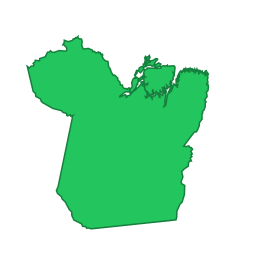 SVG path tracing the border of Pará, rotated 350°
{"feature_id": "BRA-594", "entity_name": "Pará", "entity_type": "State", "adm_level": 1, "iso_a3": "BRA", "parent_name": "Brazil", "parent_adm1": "", "projection": "natural_earth1", "projection_center": [-50.886, -3.617], "detail": "fine", "context": "isolated", "style": "filled", "palette": "green", "viewbox_px": 256, "rotation_deg": 350, "n_neighbors": 0, "source": "natural_earth", "source_scale": "10m", "svg_char_len": 5708}
<svg xmlns="http://www.w3.org/2000/svg" viewBox="0 0 256 256"><g transform="rotate(350 128 128)"><path d="M65.1,38.5L66.1,40.0L68.2,40.7L73.7,39.8L80.0,41.5L81.3,40.7L81.4,38.1L79.3,35.0L78.3,34.8L80.1,32.6L80.5,30.5L84.1,32.6L88.5,32.1L89.6,30.7L90.5,31.0L92.1,30.0L92.3,30.6L94.6,29.2L94.3,30.3L95.6,31.8L97.6,32.3L97.9,34.7L96.8,38.6L97.6,42.5L102.7,42.7L106.3,45.0L106.6,46.7L107.8,46.5L109.7,48.6L112.3,48.0L112.4,48.9L113.8,49.0L114.0,50.9L115.4,50.7L115.8,51.8L115.0,52.7L115.7,55.7L117.5,58.1L119.8,58.9L119.6,64.3L120.8,66.7L121.2,70.0L122.6,73.6L123.9,73.5L126.5,76.9L126.4,79.4L127.9,81.0L128.0,84.5L129.9,84.7L130.1,87.4L131.5,88.6L133.4,88.9L134.2,89.9L135.4,88.7L136.4,88.9L136.2,91.6L135.2,92.7L131.8,91.9L125.5,95.2L125.4,96.0L131.3,94.7L131.9,96.0L131.5,97.5L132.3,97.4L133.2,96.3L135.7,95.9L139.6,92.8L142.5,91.7L143.3,90.4L144.9,90.1L148.8,86.7L148.8,85.2L149.7,85.8L149.6,85.0L151.0,85.1L151.2,87.2L149.4,88.5L151.3,90.1L151.3,93.4L153.5,98.2L152.4,98.2L152.7,99.5L151.7,100.7L150.5,100.0L150.9,101.6L152.9,100.9L153.5,99.2L154.2,99.4L156.1,101.2L155.9,102.0L156.4,101.3L156.8,103.5L158.2,100.9L160.3,101.0L161.0,99.9L162.8,99.6L164.3,100.6L164.1,103.7L164.5,103.0L165.1,104.0L164.6,100.8L164.8,101.5L165.1,100.7L167.0,100.9L168.1,102.5L167.3,100.7L168.0,99.8L168.9,100.1L169.6,98.6L169.9,99.2L170.4,98.8L170.0,99.5L170.0,100.0L170.3,100.4L171.1,100.8L171.0,102.2L168.7,108.7L168.7,110.5L167.1,113.1L169.0,112.3L173.0,101.5L176.7,96.0L178.2,95.3L175.8,99.9L177.2,99.0L180.9,92.5L184.1,97.0L183.3,94.6L185.5,93.9L183.1,93.8L183.3,90.9L184.0,89.9L184.1,91.2L185.4,91.4L185.8,89.4L186.5,89.5L186.1,88.5L186.9,88.3L186.2,88.3L185.9,87.1L187.4,86.8L188.0,84.9L187.8,83.0L189.4,81.1L190.5,83.0L191.8,81.3L192.6,81.5L192.6,79.6L193.1,80.7L193.7,80.8L193.7,82.6L195.3,81.6L195.6,79.8L196.8,82.7L198.3,83.5L198.3,82.4L197.5,81.6L197.2,82.2L197.3,80.0L198.2,80.0L198.0,80.3L198.0,81.1L198.1,81.4L199.6,80.0L200.1,81.3L200.3,80.4L200.9,80.9L200.4,82.0L201.4,81.4L201.0,82.7L201.7,83.3L202.6,81.2L202.9,84.3L204.1,81.6L204.7,83.8L204.2,84.3L204.4,84.9L206.1,81.9L206.6,84.9L207.0,83.6L207.6,84.5L207.1,85.6L207.8,84.6L207.9,83.7L208.7,84.3L208.4,83.3L209.2,84.3L208.9,85.4L208.2,85.2L207.2,86.2L207.1,86.8L211.5,84.4L210.8,85.2L210.8,87.2L212.4,86.6L212.5,87.7L212.9,86.8L212.9,88.2L213.3,87.0L213.9,87.9L213.5,86.9L213.9,85.4L215.0,85.2L213.8,89.4L215.4,88.3L215.4,89.3L216.0,87.6L216.5,88.8L215.1,91.2L215.6,91.9L214.6,94.1L214.6,97.2L213.0,98.2L213.2,99.2L214.4,99.2L214.3,101.9L213.2,105.1L211.5,106.2L211.4,110.7L208.3,113.7L209.5,115.8L208.5,116.5L207.7,120.5L206.0,123.4L204.4,124.5L204.1,126.5L203.2,127.2L202.5,132.1L199.3,135.1L198.6,138.1L195.6,142.7L194.5,143.7L192.6,143.5L179.7,155.5L182.3,156.5L184.7,156.1L185.8,158.1L187.0,158.4L187.9,160.2L185.8,161.8L186.8,164.7L185.3,165.4L186.0,167.3L184.1,168.3L184.7,171.5L183.0,171.3L181.6,172.7L180.7,176.1L176.0,178.2L173.2,180.4L173.6,185.6L170.8,190.3L171.4,192.4L173.9,194.4L172.0,203.3L168.4,210.4L165.8,212.2L161.7,218.4L160.4,224.5L159.3,226.8L74.2,220.9L71.3,219.4L69.9,219.6L69.1,217.7L66.3,217.0L65.6,214.3L58.8,209.3L57.5,204.6L58.0,200.9L56.0,198.1L53.4,190.0L50.8,186.4L50.5,184.1L47.3,180.3L46.6,177.2L49.0,173.6L74.9,108.5L74.8,107.1L76.0,106.1L73.7,106.4L73.4,104.9L70.8,105.6L69.9,105.0L70.0,102.9L66.7,101.4L65.4,99.3L57.4,95.7L48.5,88.3L47.3,86.9L46.7,84.0L42.7,80.9L42.8,77.7L41.0,75.7L39.5,49.8L41.4,51.8L43.3,50.3L45.7,50.5L46.3,49.4L45.8,47.8L47.6,47.0L48.5,45.2L52.5,46.5L53.1,44.3L58.9,43.5L61.9,39.4L63.3,39.7L65.1,38.5ZM184.9,76.3L183.1,82.4L182.1,81.4L182.7,84.4L180.8,86.5L181.1,87.8L178.7,89.7L177.3,88.7L178.4,89.8L178.0,90.4L179.0,90.7L178.5,93.1L177.0,91.1L176.4,91.1L177.0,91.4L176.4,92.4L177.0,91.9L178.4,93.6L175.3,94.9L173.5,92.6L173.7,95.4L173.1,95.6L173.9,95.8L173.2,96.3L171.4,95.6L170.9,94.1L170.5,95.0L171.3,96.6L170.2,96.5L169.4,94.3L168.9,94.3L169.3,95.8L168.6,97.9L166.8,98.7L166.0,95.7L166.2,98.4L165.6,99.3L162.5,98.3L162.1,96.9L160.4,98.8L159.4,98.2L159.3,96.3L158.7,95.9L159.1,95.4L159.0,94.1L158.5,95.9L159.2,96.6L158.9,98.3L158.3,96.9L158.6,98.4L157.5,98.7L158.4,99.2L157.0,99.6L154.2,98.7L154.5,97.3L151.5,93.4L151.7,87.8L154.8,89.4L154.1,88.4L156.0,87.1L153.4,88.0L152.2,87.8L151.7,86.8L152.4,79.3L153.1,80.7L155.0,81.3L153.2,80.5L153.0,76.3L154.5,73.6L156.9,73.2L157.5,72.3L167.3,74.4L170.9,74.7L170.9,73.5L173.4,72.8L176.5,73.6L177.7,73.0L177.7,74.0L184.1,74.7L184.9,76.3ZM144.6,78.8L146.8,81.0L145.0,86.9L144.3,86.6L142.9,89.4L138.7,93.1L136.1,93.9L136.7,90.5L139.4,88.0L139.5,84.0L141.5,80.7L144.1,79.0L143.6,81.0L144.0,79.8L144.7,80.0L144.6,78.8ZM162.0,65.8L164.4,65.8L167.3,64.5L169.0,65.0L169.0,65.8L166.7,67.3L164.3,70.8L162.5,71.4L161.2,70.1L157.8,69.8L157.3,67.3L161.1,67.1L162.0,65.8ZM149.9,75.8L148.3,73.8L149.5,70.8L152.0,69.9L153.5,71.0L153.9,72.2L153.3,73.0L149.9,75.8ZM164.8,72.2L166.1,70.6L169.4,69.2L171.5,70.8L169.9,72.6L166.4,72.9L164.8,72.2ZM158.2,64.0L159.0,61.3L160.9,61.5L160.7,60.9L161.6,60.3L161.9,62.5L159.1,64.9L158.2,64.0ZM158.2,65.7L156.8,67.9L155.4,67.3L156.9,63.9L156.6,61.9L157.5,60.8L158.2,65.7ZM151.0,79.5L151.0,82.0L147.4,83.7L147.9,81.3L151.0,79.5ZM153.8,69.5L154.2,67.7L155.8,68.1L156.5,70.6L154.8,70.7L153.8,69.5ZM146.5,72.8L147.2,72.9L146.5,75.4L143.3,77.9L146.5,72.8ZM187.3,83.6L187.8,84.3L187.2,86.6L185.7,86.8L185.7,85.7L187.3,83.6ZM172.3,98.5L171.2,100.7L170.2,100.2L171.4,97.9L172.3,98.5ZM185.3,87.5L185.9,88.5L185.4,89.7L183.6,89.1L184.2,87.7L185.3,87.5ZM194.6,79.8L194.8,81.6L194.0,81.9L193.8,80.7L193.2,79.7L193.6,79.2L194.6,79.8ZM169.0,97.1L170.4,97.5L169.3,98.3L169.0,97.1ZM190.2,81.3L191.5,81.2L190.5,82.2L190.2,81.3ZM161.3,65.7L160.3,66.4L159.5,66.7L161.0,65.2L161.3,65.7Z" fill="#22c55e" stroke="#15803d" stroke-width="1.5"/></g></svg>